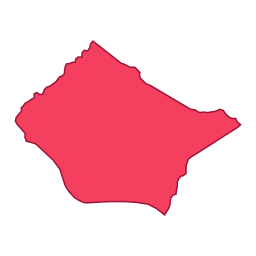 the district of Belo Monte, Alagoas, Brazil
{"feature_id": "56859067B15560608131271", "entity_name": "Belo Monte", "entity_type": "district", "adm_level": 2, "iso_a3": "BRA", "parent_name": "Brazil", "parent_adm1": "Alagoas", "projection": "orthographic", "projection_center": [-37.19, -9.812], "detail": "fine", "context": "isolated", "style": "filled", "palette": "rose", "viewbox_px": 256, "rotation_deg": 0, "n_neighbors": 0, "source": "geoboundaries", "source_scale": "gbopen_adm2", "svg_char_len": 1344}
<svg xmlns="http://www.w3.org/2000/svg" viewBox="0 0 256 256"><path d="M92.9,41.1L90.6,43.9L89.7,47.9L87.6,50.9L84.1,50.3L82.1,53.0L82.0,57.1L78.0,57.1L75.7,59.2L75.2,62.3L72.4,62.3L69.3,63.7L66.5,63.8L65.3,66.5L64.6,70.9L64.2,74.1L62.1,76.0L59.8,76.8L57.8,79.1L56.0,81.8L52.7,84.1L50.2,86.0L46.4,87.4L44.2,90.0L42.6,94.3L39.5,94.5L37.0,92.6L34.1,93.8L34.4,97.7L30.9,99.6L28.5,101.4L25.2,103.2L23.2,105.9L21.2,108.0L21.6,111.0L19.1,113.8L16.1,117.7L15.4,121.1L17.1,124.2L25.2,133.4L24.9,137.1L26.4,141.3L30.3,142.2L35.8,143.9L53.0,159.9L59.9,169.2L64.8,184.5L66.6,188.1L68.1,190.1L69.5,192.1L74.3,197.4L78.1,199.9L82.5,202.0L85.6,202.9L108.0,201.6L112.0,201.6L125.1,201.6L136.1,202.3L147.8,204.1L156.6,208.6L164.7,214.9L166.9,211.0L168.5,208.8L170.0,204.6L170.4,200.7L170.8,197.9L172.9,195.1L176.0,194.1L176.4,190.3L177.2,187.1L177.3,181.7L179.0,178.4L180.7,176.2L183.0,175.8L186.0,173.4L186.0,169.7L186.2,166.0L187.3,161.7L188.9,158.5L192.0,156.4L212.8,143.2L218.7,139.4L237.5,127.4L240.6,124.7L237.3,122.0L235.6,118.4L232.4,118.5L229.5,117.5L226.2,114.5L223.2,110.4L219.5,109.3L216.5,111.0L213.6,111.6L207.2,112.6L204.6,112.1L199.1,112.5L195.1,109.9L190.3,109.1L150.0,85.3L145.9,83.6L140.4,78.3L139.5,75.3L139.9,72.5L134.9,67.3L129.6,67.2L126.6,65.3L124.3,64.3L121.0,63.1L92.9,41.1Z" fill="#f43f5e" stroke="#9f1239" stroke-width="1.5"/></svg>